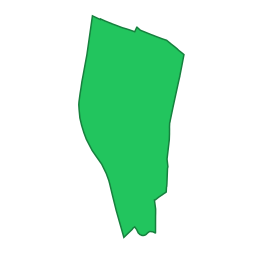 outline of Jaunjelgava, Jaunjelgavas, Latvia, rotated 274°
{"feature_id": "27541924B26056136094226", "entity_name": "Jaunjelgava", "entity_type": "district", "adm_level": 2, "iso_a3": "LVA", "parent_name": "Latvia", "parent_adm1": "Jaunjelgavas", "projection": "robinson", "projection_center": [25.08, 56.612], "detail": "fine", "context": "isolated", "style": "filled", "palette": "green", "viewbox_px": 256, "rotation_deg": 274, "n_neighbors": 0, "source": "geoboundaries", "source_scale": "gbopen_adm2", "svg_char_len": 1561}
<svg xmlns="http://www.w3.org/2000/svg" viewBox="0 0 256 256"><g transform="rotate(274 128 128)"><path d="M237.4,84.7L220.5,83.5L198.3,81.9L186.0,80.5L177.9,79.6L171.2,78.8L164.4,78.3L158.8,77.8L150.9,77.3L147.8,77.3L143.2,77.9L134.7,79.3L127.6,81.5L120.3,84.3L113.9,87.2L103.1,93.8L97.7,98.1L90.1,104.3L81.1,109.5L74.4,112.5L71.2,113.6L58.8,117.5L45.2,121.9L18.6,131.5L27.1,139.2L28.7,140.2L29.0,140.7L29.8,141.6L29.7,141.7L29.5,141.8L27.6,143.5L24.5,145.3L24.2,145.4L22.6,147.3L21.8,149.4L21.8,150.6L21.9,151.1L22.1,151.8L22.6,152.9L23.1,153.5L23.9,154.2L24.5,154.7L25.5,155.8L26.1,156.6L26.3,157.2L26.2,159.4L26.1,160.4L25.2,162.4L25.3,162.7L25.9,162.7L42.3,161.6L44.8,161.5L49.1,161.2L57.9,159.4L58.1,159.4L58.2,160.2L58.6,160.7L61.1,163.4L66.8,170.6L71.7,170.5L72.5,170.7L74.9,170.7L88.1,170.3L90.2,170.2L92.1,170.5L99.7,169.1L114.6,169.8L119.1,170.0L124.9,169.8L126.3,169.7L129.7,169.5L132.0,169.3L136.2,169.2L137.0,169.5L137.7,169.5L151.7,171.4L159.3,172.5L178.4,175.3L183.4,176.1L183.6,176.1L183.8,176.1L192.6,177.2L195.1,177.5L195.9,177.6L196.7,177.7L196.9,177.7L197.4,177.8L197.6,177.8L205.1,178.7L205.8,177.8L206.0,177.5L209.1,173.0L210.5,171.4L210.7,171.1L211.8,169.6L214.9,165.0L218.2,160.4L219.4,155.7L219.5,155.4L221.6,148.4L222.2,146.6L222.8,144.5L222.9,144.2L226.4,133.5L229.2,129.9L228.8,129.6L224.5,128.0L226.1,122.2L226.8,119.3L227.6,115.6L227.8,114.9L227.9,114.5L229.7,108.6L229.8,108.3L230.5,105.8L233.1,97.8L234.9,92.9L234.3,92.8L234.7,91.7L234.8,91.4L237.2,85.2L237.4,84.7Z" fill="#22c55e" stroke="#15803d" stroke-width="1.5"/></g></svg>